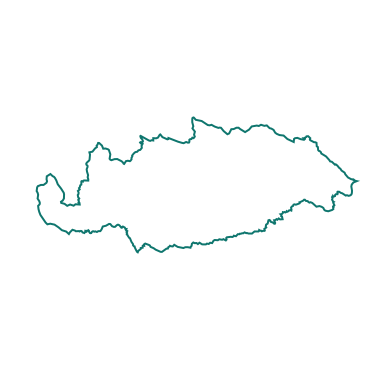 the district of Vibhavadi, Surat Thani, Thailand, rotated 317°
{"feature_id": "78962969B95788991871797", "entity_name": "Vibhavadi", "entity_type": "district", "adm_level": 2, "iso_a3": "THA", "parent_name": "Thailand", "parent_adm1": "Surat Thani", "projection": "equal_earth", "projection_center": [98.854, 9.243], "detail": "fine", "context": "isolated", "style": "outline", "palette": "teal", "viewbox_px": 384, "rotation_deg": 317, "n_neighbors": 0, "source": "geoboundaries", "source_scale": "gbopen_adm2", "svg_char_len": 6061}
<svg xmlns="http://www.w3.org/2000/svg" viewBox="0 0 384 384"><g transform="rotate(317 192 192)"><path d="M147.5,227.1L149.4,227.8L151.2,229.4L152.9,231.7L153.7,231.2L155.0,231.1L156.6,229.8L158.5,229.8L159.1,231.3L160.5,232.4L160.8,234.1L162.9,234.2L163.7,237.2L166.4,239.8L167.7,239.9L168.8,241.4L170.7,241.5L171.9,243.1L174.5,242.3L175.9,242.6L178.0,244.9L179.7,245.2L181.5,247.5L182.8,247.9L183.7,250.5L184.8,250.4L185.6,249.0L186.6,248.9L189.8,251.2L190.8,252.4L192.1,252.8L192.8,252.5L194.0,254.3L196.7,254.1L197.9,255.2L198.5,255.1L199.2,255.8L200.6,256.4L201.2,257.1L202.9,257.4L203.6,259.1L204.2,259.4L205.0,260.9L207.5,263.3L210.8,263.5L213.7,266.2L214.3,266.2L215.2,265.6L215.5,266.8L216.1,267.3L216.2,268.3L218.0,269.2L218.6,269.9L219.0,269.8L219.8,268.3L222.1,268.6L222.4,267.5L224.0,266.4L225.8,266.7L228.6,264.8L229.5,265.2L229.8,266.3L229.3,267.0L229.4,267.9L230.3,269.3L230.5,271.3L230.9,271.7L231.7,271.4L232.8,268.7L233.6,269.3L235.3,269.5L235.5,270.5L237.4,270.5L237.7,272.1L239.7,273.7L241.0,271.5L240.7,270.6L241.6,269.9L241.6,268.7L242.7,269.4L244.2,269.3L244.7,268.8L245.0,269.3L245.9,269.6L246.3,270.6L247.3,270.9L248.1,270.6L248.2,271.4L249.4,271.8L250.3,271.6L251.7,272.5L252.0,273.3L252.4,273.0L252.3,272.5L252.8,272.6L253.8,271.0L255.0,270.7L256.3,271.1L257.6,270.5L258.5,270.9L259.3,272.1L261.8,273.2L262.9,273.6L263.5,273.0L263.7,273.4L264.4,273.2L267.2,274.1L268.8,274.1L269.3,274.7L269.2,276.1L270.4,277.6L270.3,278.5L270.6,279.8L271.7,280.3L272.5,282.0L273.0,287.6L275.6,289.2L276.7,291.2L277.2,293.2L276.6,295.1L276.8,296.6L278.5,299.0L282.2,300.7L283.7,300.9L285.0,299.1L285.4,299.3L285.5,298.8L286.9,298.8L286.9,298.4L287.3,298.3L287.9,296.3L288.2,295.8L288.9,295.9L288.7,295.3L289.2,293.1L290.1,292.7L290.9,291.9L290.9,291.3L291.6,291.0L292.0,291.4L292.3,291.2L292.2,291.9L293.8,292.5L294.6,291.8L295.8,291.8L296.9,292.8L297.6,292.4L298.2,291.2L298.7,291.1L299.8,292.2L300.3,294.3L301.0,295.4L302.0,299.5L303.1,300.0L304.0,301.7L305.7,302.5L306.9,302.5L308.2,301.8L309.9,300.2L312.3,296.6L313.9,295.5L316.5,295.1L319.9,296.4L319.0,295.1L318.7,293.1L318.2,293.1L318.2,292.4L317.2,291.3L316.0,287.8L316.2,283.6L316.8,281.9L316.0,278.3L316.4,276.1L316.1,274.9L316.3,271.7L316.0,269.8L315.2,269.6L314.9,265.3L313.9,263.8L314.2,262.3L314.3,257.4L312.8,252.0L313.4,250.9L313.3,249.2L312.8,248.4L312.9,247.3L314.7,245.0L314.4,243.7L316.6,240.9L316.1,239.7L315.2,238.8L313.8,234.7L314.0,234.0L315.2,233.3L315.0,230.4L313.7,229.4L313.0,229.7L311.6,229.3L311.2,229.8L310.3,228.9L310.2,230.2L309.5,230.2L307.4,227.3L306.0,224.3L304.0,222.9L302.8,222.8L300.5,224.8L297.9,218.3L297.5,213.2L294.8,210.0L293.6,207.2L293.3,205.3L294.0,202.2L293.3,199.8L292.3,198.2L292.1,194.3L290.0,192.9L288.3,189.9L285.9,189.3L284.7,187.6L280.4,184.8L276.3,185.3L271.7,184.4L270.1,178.6L269.9,176.8L268.3,175.3L265.4,174.4L263.6,172.9L259.1,174.5L257.3,173.9L256.7,169.1L257.0,164.8L256.1,163.7L255.0,163.1L253.2,159.6L252.1,156.2L250.4,155.3L249.2,153.8L247.5,146.7L244.0,141.8L244.1,138.9L243.8,138.4L242.9,138.2L242.2,138.6L239.8,141.1L237.8,144.8L235.7,145.8L235.3,149.8L232.6,151.5L231.8,153.4L229.9,153.7L229.3,152.5L227.7,152.9L226.7,152.1L225.7,152.0L224.3,153.5L223.6,153.8L222.7,153.2L221.8,151.4L219.2,150.6L218.3,149.4L216.1,145.7L211.6,136.4L210.7,137.1L209.9,136.7L207.8,131.7L208.1,128.3L207.5,128.1L204.2,129.0L202.4,128.3L200.4,126.2L198.8,127.9L197.8,126.6L196.3,126.1L195.6,124.9L192.7,115.9L192.3,115.9L191.5,117.5L191.5,119.5L190.8,121.4L189.7,121.7L188.3,120.4L187.8,120.4L187.7,121.5L189.0,122.2L188.9,123.0L186.6,123.8L185.4,125.5L182.9,125.9L181.2,125.0L179.4,125.2L177.8,124.2L175.8,124.1L173.1,124.5L172.7,125.2L171.0,125.8L170.0,126.9L168.3,127.2L167.6,127.1L166.4,125.4L164.8,124.4L161.5,125.2L161.3,124.7L161.6,123.3L161.5,121.5L159.8,116.9L157.7,115.1L154.8,113.8L154.3,112.8L154.4,111.5L158.0,108.7L159.9,104.5L159.7,103.5L158.4,101.2L156.6,99.8L157.8,96.6L157.5,92.8L156.8,92.1L155.3,92.9L153.8,93.1L153.1,94.3L150.9,94.0L146.7,94.6L144.0,93.0L142.9,95.1L139.2,98.4L138.3,98.8L135.0,98.8L133.8,99.3L133.4,100.1L133.5,101.5L132.8,102.4L130.5,103.5L129.1,105.5L127.5,108.8L125.8,110.0L124.8,112.0L123.9,112.9L120.9,109.9L120.0,109.6L119.3,110.0L118.7,108.8L118.3,108.8L116.1,111.1L114.8,110.9L113.2,112.0L112.0,112.1L111.6,113.5L109.3,113.4L108.8,114.9L107.7,116.0L106.4,116.3L105.5,117.7L105.1,118.4L105.1,119.7L104.6,119.7L103.9,120.5L103.4,120.3L102.5,122.3L101.9,122.4L102.2,123.2L101.6,123.7L101.7,124.1L101.3,124.6L98.4,121.5L96.1,121.3L94.3,118.0L91.3,117.0L90.7,113.7L88.9,110.8L89.5,109.8L91.7,110.1L93.9,109.4L96.9,106.4L97.7,105.0L98.6,100.1L99.1,94.8L100.7,90.9L101.4,88.0L101.4,86.7L100.9,85.4L100.7,82.3L96.5,81.5L94.3,83.5L93.3,85.3L91.8,86.0L88.3,85.6L86.3,83.8L83.2,82.6L81.9,83.0L79.0,85.4L78.6,87.2L77.6,89.1L74.6,91.5L74.0,94.7L73.2,96.3L72.1,97.1L70.0,97.2L68.1,99.8L66.7,102.4L65.5,105.4L64.1,114.5L64.2,117.0L66.7,118.5L69.2,122.1L70.3,127.0L70.8,131.2L73.0,135.1L73.3,138.8L75.3,138.2L78.8,138.1L80.1,140.4L80.3,141.5L82.8,143.6L82.8,144.1L84.2,144.7L84.6,145.3L84.4,147.0L85.3,148.6L86.4,148.3L87.3,148.9L87.7,147.8L89.2,149.3L90.1,149.2L90.2,150.0L89.7,150.4L89.4,152.4L89.6,152.8L90.3,153.3L91.8,152.9L92.9,153.2L93.5,154.4L94.4,154.8L95.2,156.4L96.7,156.7L98.3,158.1L100.3,157.7L103.2,156.4L106.1,158.0L109.6,158.8L110.4,159.8L110.2,162.5L111.1,164.3L112.0,165.0L114.4,165.0L115.6,165.4L116.2,166.8L116.0,170.0L116.4,170.3L117.1,169.9L117.9,170.1L118.6,172.2L118.1,173.7L118.8,174.3L117.8,174.8L118.0,176.2L117.4,176.1L117.1,177.0L116.5,177.1L116.4,177.6L115.5,178.4L115.8,178.8L115.4,179.3L114.8,182.7L115.1,183.5L113.7,187.2L113.3,190.0L112.5,190.9L112.6,192.3L112.9,192.7L112.3,193.7L111.6,196.0L111.0,198.2L111.2,199.1L112.8,198.4L115.6,198.7L116.3,198.0L117.9,199.1L119.3,197.7L119.9,197.8L120.4,198.7L121.2,197.6L122.6,197.8L124.4,201.4L124.7,202.4L124.3,203.9L125.6,206.9L126.1,209.4L128.2,214.3L129.2,215.3L134.7,216.0L135.8,216.9L137.1,216.2L138.4,216.5L139.2,216.3L139.7,217.4L140.8,218.7L143.0,218.5L144.1,222.4L147.5,227.1Z" fill="none" stroke="#0f766e" stroke-width="2"/></g></svg>